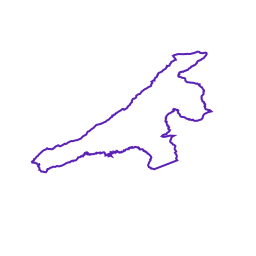 Leoncio Prado, Huánuco, Peru, rotated 247°
{"feature_id": "86281439B17589046188801", "entity_name": "Leoncio Prado", "entity_type": "district", "adm_level": 2, "iso_a3": "PER", "parent_name": "Peru", "parent_adm1": "Huánuco", "projection": "equal_earth", "projection_center": [-76.069, -8.961], "detail": "fine", "context": "isolated", "style": "outline", "palette": "violet", "viewbox_px": 256, "rotation_deg": 247, "n_neighbors": 0, "source": "geoboundaries", "source_scale": "gbopen_adm2", "svg_char_len": 5989}
<svg xmlns="http://www.w3.org/2000/svg" viewBox="0 0 256 256"><g transform="rotate(247 128 128)"><path d="M119.4,35.1L120.4,36.9L121.2,37.2L121.7,38.0L121.2,38.9L121.8,41.0L121.5,41.9L121.7,43.7L120.6,45.9L120.8,47.7L119.5,49.7L119.5,51.2L119.2,51.7L119.4,55.5L119.7,56.6L119.7,59.2L119.5,60.5L119.1,61.1L119.5,61.8L119.7,63.7L119.3,64.8L119.0,64.8L119.2,65.3L118.7,66.9L118.7,67.9L120.0,70.4L120.4,70.5L119.9,72.7L120.0,73.5L120.3,73.6L120.0,74.5L120.4,75.1L120.2,75.9L119.9,75.9L120.4,76.6L120.3,77.4L120.7,77.9L121.1,77.6L121.4,78.2L121.5,78.1L121.8,78.4L121.9,79.7L121.7,80.5L121.2,80.4L121.2,80.9L120.9,81.1L120.5,80.2L120.4,80.5L120.0,80.3L119.7,80.9L119.3,80.7L119.1,81.1L119.2,81.9L119.0,82.2L119.0,81.8L118.2,82.5L118.2,83.0L118.5,83.6L117.5,85.6L117.6,86.2L117.2,87.3L117.4,88.5L116.9,89.0L117.5,89.4L116.6,91.2L116.3,92.7L115.5,92.5L115.2,94.1L115.4,94.5L115.1,96.4L114.2,96.9L113.3,96.6L112.6,97.1L111.5,96.5L111.1,98.8L110.5,99.3L109.6,99.0L109.4,101.0L108.5,101.8L109.8,101.6L110.0,100.7L110.4,100.9L110.5,101.5L110.7,101.1L111.6,100.5L111.5,101.5L111.7,102.2L112.4,102.5L111.6,103.0L112.1,103.5L111.6,104.3L110.8,104.5L111.0,105.2L111.5,105.4L111.1,105.6L111.2,106.9L110.5,106.8L110.9,107.4L110.7,108.1L111.1,108.1L111.2,108.5L110.4,108.4L110.7,109.2L109.7,109.6L109.1,110.2L109.3,110.4L109.0,110.8L108.7,110.7L108.5,112.3L108.8,112.7L108.5,113.2L108.2,113.0L108.2,114.6L108.5,115.0L108.4,115.5L109.0,115.6L108.5,116.7L109.1,117.6L108.9,118.6L108.5,119.5L109.0,120.3L108.4,120.6L109.3,121.5L109.1,122.9L108.9,122.5L108.7,122.6L107.6,125.7L107.9,126.6L107.8,127.4L106.7,128.7L106.4,129.7L105.3,129.7L105.2,130.5L103.7,130.4L102.8,133.0L102.3,133.4L101.6,133.4L100.8,133.9L100.6,133.6L99.8,134.3L99.8,134.8L99.2,135.0L98.8,135.5L98.3,135.4L97.5,136.0L96.8,136.0L96.5,136.6L93.4,137.9L91.7,138.0L91.3,137.3L90.5,136.9L90.4,136.1L89.4,136.1L88.6,134.6L86.0,132.0L83.9,131.9L82.5,133.4L81.9,133.2L81.5,133.6L80.8,135.0L79.8,136.0L79.0,160.7L81.0,160.3L81.6,160.7L82.2,161.5L83.3,162.1L86.0,161.9L86.8,161.5L87.6,163.2L90.3,162.7L91.3,163.1L92.8,164.6L94.2,164.0L95.4,162.8L96.6,162.7L98.1,161.6L99.0,161.5L99.7,161.8L100.0,162.5L100.6,162.6L101.5,163.8L102.3,164.3L102.7,165.2L102.9,167.2L104.7,163.4L105.3,159.2L105.8,157.5L106.3,156.6L107.2,155.8L107.9,157.5L107.7,159.7L107.3,160.9L107.6,161.0L108.3,162.4L108.6,164.4L109.6,165.7L110.0,165.3L110.5,165.4L110.9,164.8L111.6,164.8L112.3,165.1L112.4,165.9L112.7,166.2L113.7,165.7L114.5,165.9L114.8,165.1L117.6,165.4L118.5,166.0L118.8,165.2L119.7,165.1L120.9,166.2L121.6,166.2L122.1,166.9L123.0,166.9L123.2,167.7L124.1,168.2L125.3,171.0L125.2,172.7L125.4,173.9L125.8,174.7L125.5,175.7L125.9,177.2L126.3,177.3L126.5,176.6L126.9,176.6L127.5,176.9L127.6,177.8L126.9,178.4L126.7,179.0L125.4,179.8L125.5,180.5L124.5,181.2L123.2,180.1L122.5,180.2L122.1,180.0L120.4,181.0L119.2,180.7L118.0,181.0L117.4,181.6L115.8,184.3L114.2,185.1L112.8,186.7L112.5,187.4L112.0,187.4L112.0,187.7L111.6,188.0L111.8,188.3L110.2,189.9L110.4,190.8L110.2,191.1L108.9,191.7L108.1,192.9L108.0,193.9L107.5,194.8L107.5,196.8L107.2,198.8L108.2,200.7L110.1,202.1L111.1,203.9L111.1,206.2L111.3,207.5L110.7,211.2L112.2,210.5L112.8,209.8L113.0,208.9L113.5,208.8L114.8,207.0L115.7,206.7L116.8,206.9L117.3,207.3L117.8,206.8L118.1,206.8L119.1,208.2L119.9,208.4L120.7,207.6L122.0,208.2L122.9,207.3L123.7,206.9L124.9,207.2L126.0,207.0L126.9,207.7L127.4,207.6L128.5,208.1L129.8,210.9L131.9,211.6L132.0,212.2L132.9,212.7L134.0,212.2L136.5,212.0L137.6,211.0L139.3,210.2L139.6,210.8L140.3,211.0L140.6,209.8L142.0,209.0L142.1,208.0L144.0,206.0L145.4,203.2L146.1,202.2L146.6,201.1L147.2,200.2L149.1,199.3L151.2,200.0L152.2,199.1L153.0,197.5L154.2,196.5L155.4,194.8L155.7,195.0L156.2,194.6L157.1,195.2L157.4,196.0L157.7,195.6L158.9,197.0L159.1,198.1L158.7,199.0L158.8,199.7L158.2,200.6L158.4,200.8L158.3,202.2L158.4,202.8L158.1,203.5L158.4,204.4L158.1,205.7L159.0,207.5L158.9,208.1L159.2,209.4L159.8,210.0L159.6,210.6L159.9,211.3L159.7,212.6L160.0,212.9L159.8,213.8L160.0,215.0L161.0,216.4L161.0,216.9L161.5,217.0L162.5,218.9L162.1,219.7L162.3,220.6L162.1,221.5L162.6,222.4L162.7,224.5L163.1,225.8L163.7,226.4L164.3,228.1L165.2,229.2L166.2,229.6L167.1,228.8L167.5,226.5L168.8,223.8L170.2,223.4L171.1,221.8L171.2,218.2L171.9,214.1L172.3,212.9L173.2,211.5L173.2,210.4L173.7,209.9L174.2,208.0L176.4,203.3L177.0,199.2L176.8,197.6L173.0,198.7L172.1,198.7L172.3,197.3L171.9,195.5L172.0,193.8L171.2,193.1L170.3,191.3L169.5,190.9L169.2,190.4L169.4,189.2L170.0,188.1L168.9,187.6L168.9,186.9L168.0,186.1L167.4,182.6L166.8,181.7L166.9,181.0L166.6,180.3L166.7,178.1L166.4,177.0L165.3,176.4L165.2,175.5L164.1,174.9L163.7,174.3L163.6,172.7L163.0,171.9L161.3,170.9L161.9,170.0L161.4,167.7L160.4,168.2L160.1,168.1L159.0,166.3L158.4,166.2L157.6,165.4L157.7,162.8L157.1,160.4L157.2,159.1L156.9,157.6L156.1,154.6L154.7,152.5L155.0,150.1L154.3,148.0L153.7,147.9L152.8,147.2L152.5,145.5L152.8,145.0L152.8,143.7L152.2,143.1L151.5,142.0L150.3,141.8L149.5,139.6L148.6,139.0L148.1,136.8L147.5,135.7L147.1,135.6L146.6,134.4L146.3,131.5L147.4,131.1L147.6,129.8L147.0,128.3L146.9,126.3L146.1,122.9L146.3,122.4L145.4,121.0L145.7,120.4L145.4,119.5L145.6,118.3L144.5,118.0L144.4,116.3L143.3,113.8L143.1,111.3L142.5,110.0L142.6,108.7L142.4,105.8L142.6,105.2L142.4,104.4L143.2,100.1L141.5,96.1L141.1,93.5L140.2,91.1L140.4,89.7L139.4,88.1L138.3,87.2L137.9,83.1L136.6,80.3L136.8,78.9L136.6,77.1L137.3,74.1L137.4,72.1L138.1,70.9L138.2,69.0L138.0,68.0L138.1,67.3L137.6,65.8L137.6,64.5L138.3,63.4L138.0,62.6L137.6,58.6L138.1,57.6L139.2,57.3L139.4,56.6L139.2,54.6L139.3,54.3L139.1,53.4L138.6,52.9L138.3,50.8L138.0,50.5L138.2,50.0L138.3,49.2L139.0,48.3L139.8,46.4L140.9,45.6L140.4,44.3L140.4,41.2L138.4,35.6L137.6,34.2L137.2,32.5L136.0,30.6L136.0,29.2L134.9,28.7L134.7,27.0L134.5,26.4L133.5,26.4L132.5,28.7L131.9,28.9L131.2,30.1L129.8,30.4L129.5,31.0L129.4,32.1L128.7,32.0L127.9,30.3L125.8,30.9L124.2,30.0L123.5,30.7L121.7,31.2L120.9,33.2L120.2,33.5L119.4,35.1Z" fill="none" stroke="#5b21b6" stroke-width="2"/></g></svg>